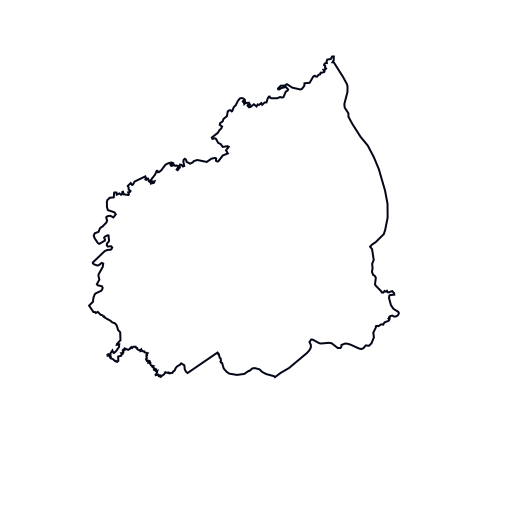 outline of Sang Khom, Udon Thani, Thailand, rotated 235°
{"feature_id": "78962969B36388809671077", "entity_name": "Sang Khom", "entity_type": "district", "adm_level": 2, "iso_a3": "THA", "parent_name": "Thailand", "parent_adm1": "Udon Thani", "projection": "natural_earth1", "projection_center": [103.083, 17.794], "detail": "fine", "context": "isolated", "style": "outline", "palette": "ink", "viewbox_px": 512, "rotation_deg": 235, "n_neighbors": 0, "source": "geoboundaries", "source_scale": "gbopen_adm2", "svg_char_len": 6112}
<svg xmlns="http://www.w3.org/2000/svg" viewBox="0 0 512 512"><g transform="rotate(235 256 256)"><path d="M386.6,199.2L385.1,196.2L385.3,195.2L387.6,195.2L386.9,191.1L385.0,190.9L383.5,189.8L381.2,190.5L380.8,189.7L381.5,187.8L379.6,187.4L379.1,186.5L382.3,183.1L385.0,183.9L385.1,183.2L383.5,181.8L383.5,180.6L385.6,180.0L386.1,177.1L388.0,178.1L389.2,176.7L389.2,176.1L385.6,173.1L387.6,169.6L387.1,166.4L386.1,165.1L381.6,162.0L378.6,161.0L372.9,165.1L370.5,165.0L369.4,161.3L372.4,159.8L373.4,158.2L373.9,156.0L373.3,155.3L370.7,154.5L369.3,152.9L368.2,147.2L368.3,144.3L366.1,140.8L367.1,136.9L365.7,134.7L363.0,134.0L357.3,133.9L355.8,134.6L355.3,141.0L356.1,141.8L357.9,141.9L358.5,143.1L358.1,146.2L357.5,147.0L353.0,144.5L352.2,143.4L351.7,141.1L350.4,139.9L348.8,140.0L347.1,142.9L345.5,143.1L344.5,141.5L344.5,140.6L346.1,137.9L346.8,135.0L344.3,118.6L343.4,118.2L342.1,118.5L339.2,120.6L338.7,121.7L338.8,125.8L337.4,126.5L334.9,124.1L331.4,116.8L330.4,115.7L326.5,114.1L324.1,109.4L322.7,109.6L319.6,112.4L317.8,112.1L316.6,110.4L316.3,109.0L317.3,103.6L317.1,101.9L315.2,99.1L312.0,96.1L311.1,90.8L303.3,90.7L302.4,92.0L301.2,92.1L301.0,94.3L297.0,95.0L295.6,96.2L293.7,96.3L293.5,97.0L291.8,97.0L286.3,99.7L284.2,100.1L281.9,101.8L279.4,102.1L274.4,100.6L271.4,101.0L264.8,96.7L263.7,91.7L263.1,91.0L262.1,93.3L260.0,91.6L258.3,86.8L258.0,84.1L258.5,83.7L261.0,84.2L259.8,81.0L259.0,80.4L260.4,78.4L260.3,77.9L259.3,78.7L259.0,77.8L257.8,79.6L256.8,79.3L257.0,78.4L255.7,78.2L253.7,79.6L250.4,80.4L250.4,81.1L248.9,81.5L249.1,83.1L252.7,85.4L251.6,88.4L252.4,89.2L252.4,90.2L253.4,90.1L252.6,91.2L253.0,92.0L253.3,92.2L253.6,91.4L254.1,92.7L255.3,92.8L255.4,93.5L254.7,93.8L255.1,94.4L254.6,94.7L255.5,95.5L252.4,97.5L252.3,100.1L252.7,100.2L252.9,101.6L251.7,101.8L252.1,103.4L250.8,105.3L250.1,104.9L248.8,105.9L248.0,105.3L247.2,105.5L245.5,106.4L245.4,108.1L244.2,107.1L243.8,108.6L242.7,108.8L242.0,109.7L241.1,109.5L238.5,111.5L237.8,109.5L237.1,109.7L236.6,108.6L235.0,108.1L234.7,106.8L232.8,106.4L232.7,107.2L231.0,108.6L229.9,108.4L231.1,107.0L230.4,106.4L229.9,107.1L228.5,107.5L226.5,107.3L225.3,108.3L225.4,107.7L224.3,107.5L223.4,108.3L222.3,107.7L222.3,108.3L221.8,108.5L221.2,107.6L220.4,109.0L220.1,108.7L220.6,108.1L220.2,107.7L218.7,108.1L218.5,109.3L216.5,107.0L216.5,105.8L215.9,105.5L215.0,107.8L213.7,107.5L213.5,108.4L212.8,107.9L211.6,108.6L212.3,109.7L211.8,110.3L211.8,112.8L212.8,115.0L212.1,115.2L210.9,117.3L210.5,117.0L209.8,117.5L210.2,117.9L209.1,118.6L208.2,120.7L208.9,121.8L208.8,123.5L210.2,125.8L210.8,128.0L210.5,131.5L211.0,133.1L207.6,134.6L203.9,132.6L201.5,132.3L199.4,132.8L199.0,169.1L197.2,169.3L196.9,168.7L196.2,169.0L193.5,167.9L192.4,168.3L190.2,167.2L189.9,166.4L188.7,166.2L187.9,166.9L182.3,165.0L178.0,165.5L175.0,166.6L169.5,172.2L166.1,178.8L166.1,184.1L165.6,184.7L166.0,188.6L164.9,190.7L161.2,193.8L157.6,194.5L153.5,196.6L147.1,201.9L145.9,202.0L146.1,209.4L145.3,218.8L147.3,242.0L148.1,245.5L149.5,248.3L151.6,249.9L154.9,250.5L155.9,253.4L155.1,254.4L148.3,257.8L147.0,259.1L143.2,265.7L141.2,267.9L133.7,270.2L132.2,272.4L132.6,273.7L134.1,275.0L133.2,278.7L131.7,280.6L129.0,282.7L121.3,287.2L119.3,289.0L118.9,291.2L119.8,294.6L117.7,297.0L118.2,300.4L121.7,305.9L125.9,308.1L128.8,313.3L129.7,314.0L129.4,315.0L128.3,316.0L128.2,319.4L126.8,320.9L127.5,321.9L127.8,323.8L126.8,327.4L127.4,328.8L128.5,328.6L128.4,329.3L129.2,329.7L128.8,330.2L129.5,330.6L129.8,331.4L129.1,333.4L127.0,334.5L126.0,336.7L126.2,338.7L127.3,340.3L128.7,340.5L133.8,338.3L138.2,338.3L145.4,340.9L147.1,342.6L147.0,343.6L145.0,347.1L146.3,347.8L149.2,347.4L149.9,344.1L150.6,343.2L152.4,343.3L152.2,342.0L153.6,341.3L153.0,339.3L154.0,338.1L154.9,338.4L163.3,337.0L164.6,337.3L169.5,341.7L171.6,341.9L173.4,341.1L176.5,341.9L178.9,344.3L183.0,346.7L185.3,350.2L195.0,355.0L198.2,354.8L198.8,357.6L198.7,362.0L200.6,373.2L203.3,376.8L211.9,385.8L223.2,393.6L235.5,399.2L256.6,406.4L269.2,409.2L282.3,410.9L293.7,410.0L309.4,410.7L317.0,411.6L319.8,413.5L326.7,413.8L329.8,415.5L337.9,425.0L342.7,428.4L345.0,429.1L352.7,430.0L370.0,430.8L370.8,429.8L371.8,431.9L374.8,434.2L375.8,432.7L374.5,430.3L376.0,427.1L375.1,425.6L373.4,424.7L374.2,423.5L373.9,421.8L373.2,421.2L372.0,421.7L370.6,420.6L369.4,421.0L369.0,419.7L369.8,418.1L368.1,418.1L367.6,417.5L368.2,415.4L369.1,414.1L368.0,412.7L368.6,411.1L367.9,409.0L369.0,407.6L369.9,407.6L370.2,405.9L367.1,399.3L369.7,394.8L367.7,393.2L366.5,389.4L367.0,387.8L373.1,382.3L379.0,379.9L379.1,377.4L381.3,373.9L380.6,370.1L379.7,369.8L379.2,370.4L379.0,373.1L377.4,377.4L374.0,377.8L373.4,376.9L373.5,374.5L370.4,369.7L370.9,368.1L372.4,366.9L373.1,363.8L376.2,359.3L377.4,358.4L378.7,358.7L379.2,358.0L378.4,356.0L375.8,352.7L376.8,351.1L376.3,347.8L378.2,348.0L378.0,345.1L379.2,344.3L378.2,342.2L381.5,341.3L381.2,337.3L381.8,335.6L384.1,335.3L384.4,336.0L383.4,337.1L383.4,337.9L385.6,338.1L387.4,335.1L387.2,333.5L388.4,334.0L390.1,333.8L390.4,334.6L389.1,335.8L390.5,336.5L392.6,335.8L393.8,334.6L394.3,333.1L393.4,330.0L391.1,325.8L390.7,323.2L388.3,319.6L388.4,319.0L390.0,318.7L390.6,317.8L390.7,315.9L387.2,312.3L386.9,307.9L385.4,305.9L385.4,302.7L384.2,301.5L381.5,302.5L380.4,300.6L380.0,298.0L378.8,295.5L378.4,287.8L377.0,287.5L376.0,289.8L375.1,290.4L370.4,289.9L367.8,291.3L364.5,291.3L362.2,295.7L361.1,296.3L359.8,292.1L356.2,291.7L357.4,286.5L355.2,279.6L355.6,278.5L357.0,277.8L358.8,279.3L359.9,278.6L361.3,275.2L361.3,269.6L368.3,263.0L369.4,259.6L369.0,257.7L369.4,255.0L372.8,253.2L375.2,253.9L376.5,253.4L376.3,252.0L375.1,250.7L370.9,248.8L371.2,247.5L373.4,247.2L374.5,246.1L373.9,245.2L372.2,244.5L371.3,241.0L372.3,240.6L373.3,242.9L374.7,243.5L375.7,242.8L376.3,241.4L377.8,241.2L377.8,239.4L378.5,238.2L379.8,238.3L379.3,240.5L379.7,241.3L381.2,240.3L382.3,237.4L382.7,234.1L380.5,227.5L380.4,224.5L380.9,223.7L382.3,224.1L382.7,223.5L380.5,219.8L378.5,213.3L375.8,214.1L375.4,215.7L374.5,214.4L375.6,211.4L376.7,211.8L378.8,211.1L381.3,212.0L381.8,211.4L381.4,209.7L382.1,209.3L383.5,210.7L384.7,211.0L386.6,199.2Z" fill="none" stroke="#020617" stroke-width="2"/></g></svg>